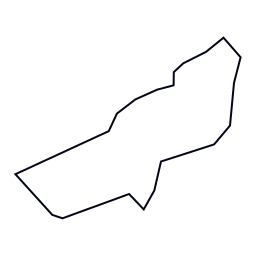 the Municipality of Carnikavas
{"feature_id": "LVA-5758", "entity_name": "Carnikavas", "entity_type": "Municipality", "adm_level": 1, "iso_a3": "LVA", "parent_name": "Latvia", "parent_adm1": "", "projection": "natural_earth1", "projection_center": [24.253, 57.126], "detail": "fine", "context": "isolated", "style": "outline", "palette": "ink", "viewbox_px": 256, "rotation_deg": 0, "n_neighbors": 0, "source": "natural_earth", "source_scale": "10m", "svg_char_len": 366}
<svg xmlns="http://www.w3.org/2000/svg" viewBox="0 0 256 256"><path d="M15.4,174.2L108.8,131.1L116.9,113.6L135.4,99.4L157.0,89.7L173.6,85.3L173.8,72.1L183.3,63.3L206.1,51.8L223.5,37.7L240.6,57.3L234.0,82.9L230.0,125.6L214.1,144.4L161.0,161.5L154.3,190.6L143.7,209.4L129.1,194.0L62.5,218.3L52.3,214.9L15.4,174.2Z" fill="none" stroke="#020617" stroke-width="2"/></svg>